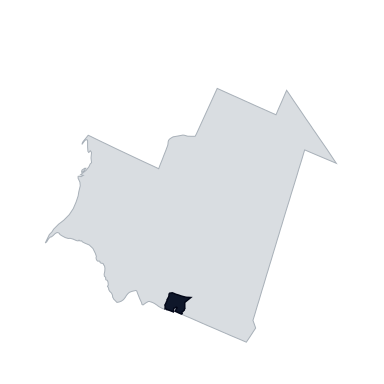 location of Koubenni, Hodh el Gharbi, Mauritania, rotated 24°
{"feature_id": "47542326B43555481021158", "entity_name": "Koubenni", "entity_type": "district", "adm_level": 2, "iso_a3": "MRT", "parent_name": "Mauritania", "parent_adm1": "Hodh el Gharbi", "projection": "albers", "projection_center": [-9.623, 15.9], "detail": "fine", "context": "in_parent", "style": "filled", "palette": "ink", "viewbox_px": 384, "rotation_deg": 24, "n_neighbors": 0, "source": "geoboundaries", "source_scale": "gbopen_adm2", "svg_char_len": 4271}
<svg xmlns="http://www.w3.org/2000/svg" viewBox="0 0 384 384"><g transform="rotate(24 192 192)"><path d="M164.9,322.0L164.4,321.9L162.3,320.3L161.2,318.5L159.6,317.1L157.2,316.2L155.7,315.1L155.0,313.9L154.1,313.1L153.2,312.7L153.1,312.3L153.4,311.7L153.2,310.7L151.8,308.3L150.5,307.1L149.4,307.3L148.8,307.0L148.4,306.5L148.3,305.7L147.6,305.0L146.3,304.7L145.2,302.9L144.5,299.7L143.5,297.1L142.3,295.3L141.4,294.6L140.7,294.5L140.5,294.2L140.3,293.7L139.4,293.5L138.0,294.0L136.7,293.8L136.1,292.9L135.3,292.8L134.2,293.5L133.0,293.2L131.7,292.1L131.0,290.9L130.9,289.8L128.7,287.4L124.5,283.9L119.8,282.2L114.7,282.3L111.8,282.1L111.2,281.5L110.6,281.6L109.9,282.2L109.2,282.3L108.5,281.9L108.1,282.2L107.9,283.0L106.1,283.4L102.6,283.4L99.8,283.8L97.7,284.8L94.7,285.2L90.9,284.9L88.5,284.5L87.8,283.8L86.7,283.6L85.2,283.9L83.9,285.6L82.7,288.6L81.7,290.3L80.9,290.7L80.0,292.9L79.5,296.7L78.7,298.3L79.0,288.9L80.3,285.4L80.7,282.3L83.3,275.5L86.3,270.0L89.1,262.6L90.3,255.4L90.2,248.3L89.6,242.0L88.5,237.8L87.4,231.8L85.6,228.6L82.3,225.7L81.6,224.0L82.4,223.5L84.5,223.1L85.9,221.0L83.1,221.7L86.5,215.2L87.6,210.8L87.6,207.8L88.3,206.0L85.9,202.0L84.2,196.9L83.2,196.1L82.2,195.7L82.1,196.8L81.5,197.9L80.4,197.2L78.4,193.5L75.7,187.5L74.7,186.9L73.8,187.7L73.2,188.4L72.1,193.3L71.8,191.3L72.3,189.0L73.1,186.2L74.1,182.4L76.6,182.4L81.2,182.6L90.2,182.9L94.7,183.0L103.8,183.3L108.3,183.4L117.4,183.6L121.9,183.7L131.0,183.9L135.5,184.0L144.6,184.1L149.1,184.2L152.1,184.3L151.9,181.5L151.8,179.2L151.7,176.3L151.6,173.3L151.4,170.3L151.3,167.6L151.2,164.8L151.0,162.2L150.9,159.8L150.7,158.5L149.8,155.8L149.6,154.4L149.9,153.0L150.6,151.7L152.3,149.3L155.0,147.5L158.1,145.4L160.5,143.7L161.7,143.3L165.3,142.8L168.2,141.6L171.0,140.4L172.2,139.8L172.4,137.5L172.9,87.1L186.6,87.2L190.2,87.2L215.4,87.3L219.0,87.3L237.3,87.3L237.3,84.9L237.2,81.5L237.2,76.9L237.2,72.2L237.1,64.0L237.1,60.6L240.7,62.8L248.0,67.4L251.6,69.6L258.9,74.1L266.2,78.7L273.5,83.1L277.1,85.4L280.8,87.6L284.5,89.9L288.1,92.1L295.5,96.6L298.6,98.5L303.3,101.5L307.7,104.3L312.2,107.1L305.4,107.2L296.3,107.4L290.1,107.5L283.8,107.6L277.8,107.7L278.4,112.5L279.1,117.7L279.7,122.8L280.3,128.0L281.0,133.2L282.9,148.8L283.5,154.0L284.2,159.2L284.8,164.4L285.4,169.6L286.7,180.0L287.4,185.3L288.0,190.5L288.7,195.7L289.3,200.9L290.0,206.1L291.3,216.6L292.0,221.8L292.6,227.0L293.3,232.3L293.9,237.5L294.6,242.7L295.3,248.0L295.9,253.2L297.3,263.7L297.9,268.9L298.6,274.2L299.3,279.4L299.9,284.5L302.4,287.1L305.5,290.4L304.7,295.2L303.8,300.9L302.7,307.1L294.3,307.2L286.0,307.4L265.3,307.6L261.1,307.7L240.4,307.8L236.2,307.9L228.2,307.9L225.8,307.7L225.0,307.3L224.7,304.1L223.9,304.3L223.1,305.2L222.7,306.2L222.8,307.6L222.7,308.7L220.0,309.1L216.4,309.9L212.6,310.5L208.8,310.2L207.5,310.0L206.1,309.6L203.1,309.1L201.4,309.0L199.5,309.1L197.3,309.4L196.5,310.0L194.8,312.3L193.2,315.1L192.1,315.1L190.9,313.6L187.6,310.7L183.7,306.9L181.9,305.0L180.9,304.7L179.0,306.1L177.4,307.3L175.6,309.2L174.8,310.9L174.2,313.0L173.9,315.4L173.2,318.2L171.8,320.5L170.1,322.2L168.9,323.0L168.4,323.4L164.9,322.0ZM84.7,216.9L83.3,218.9L82.8,218.1L82.6,216.7L83.8,214.8L84.4,213.9L85.4,213.5L84.7,216.9Z" fill="#d9dde1" stroke="#a8b0b8" stroke-width="1"/><path d="M233.8,288.9L233.0,289.2L231.9,289.6L229.9,290.4L228.7,290.7L225.1,291.3L223.2,291.5L221.6,291.6L218.8,292.0L216.9,292.0L215.0,292.1L212.7,293.6L212.6,294.1L212.7,294.7L212.8,295.3L213.2,296.2L213.2,296.6L213.3,297.2L213.3,297.7L213.3,298.2L213.2,298.4L213.2,298.5L213.3,298.7L213.3,298.9L213.3,299.1L213.2,299.2L213.2,299.3L213.3,299.4L213.3,299.8L213.0,300.2L213.0,300.3L213.0,300.5L213.3,300.9L213.4,301.2L213.3,302.0L213.4,303.5L213.4,303.8L213.4,304.1L213.3,304.3L213.4,304.7L213.4,304.9L213.4,305.0L213.3,305.4L213.3,305.6L213.2,305.8L213.4,306.4L213.4,306.6L213.8,307.2L214.1,307.4L214.1,307.5L214.7,309.2L214.9,309.7L215.7,309.2L216.3,309.3L216.7,309.7L217.1,309.7L217.8,309.4L218.2,309.4L218.5,309.4L218.9,309.3L223.7,309.1L222.7,305.6L224.3,303.9L224.8,303.5L225.5,303.8L225.1,307.8L232.0,307.8L232.5,307.1L231.5,306.0L232.2,305.1L232.6,303.9L233.0,303.0L232.7,302.3L232.9,301.3L232.8,301.2L232.3,300.3L231.0,297.4L230.3,295.9L231.2,294.0L233.8,288.9Z" fill="#0f172a" stroke="#020617" stroke-width="1.5"/></g></svg>